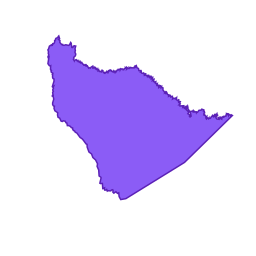 Pastaza, Pastaza, Ecuador (Equal Earth projection), rotated 15°
{"feature_id": "8360857B89599541187452", "entity_name": "Pastaza", "entity_type": "district", "adm_level": 2, "iso_a3": "ECU", "parent_name": "Ecuador", "parent_adm1": "Pastaza", "projection": "equal_earth", "projection_center": [-77.325, -1.952], "detail": "fine", "context": "isolated", "style": "filled", "palette": "violet", "viewbox_px": 256, "rotation_deg": 15, "n_neighbors": 0, "source": "geoboundaries", "source_scale": "gbopen_adm2", "svg_char_len": 5554}
<svg xmlns="http://www.w3.org/2000/svg" viewBox="0 0 256 256"><g transform="rotate(15 128 128)"><path d="M50.5,60.2L49.9,62.9L49.2,63.6L46.4,63.7L44.8,64.7L43.5,64.8L43.2,64.2L42.4,64.6L40.0,63.0L39.6,61.1L38.0,60.5L38.8,59.4L37.3,57.0L36.9,57.7L37.3,58.1L37.0,58.8L35.3,59.9L35.0,60.7L35.2,61.6L34.5,62.5L34.8,63.0L34.8,64.8L34.2,65.9L33.5,66.0L33.5,67.7L33.1,68.0L32.5,67.5L30.9,69.3L30.8,72.1L30.4,73.3L31.4,74.8L31.7,76.7L32.5,77.8L32.5,79.0L32.2,79.5L32.5,80.4L33.2,79.8L34.0,86.6L35.8,88.1L36.8,88.3L37.2,87.9L37.9,91.3L38.4,91.6L38.7,92.4L39.2,92.5L39.1,93.4L39.6,94.1L41.2,94.5L41.4,95.3L41.0,95.9L41.6,96.7L41.9,98.3L42.7,99.6L43.8,99.8L44.4,101.9L44.2,107.7L44.5,107.9L45.4,106.9L45.2,108.3L45.7,108.8L45.4,110.3L45.8,111.4L46.4,111.8L46.0,113.2L47.2,115.7L46.6,115.9L46.5,116.7L47.6,117.0L48.8,119.3L48.7,123.3L49.2,125.0L50.3,126.0L51.3,126.0L51.4,128.1L52.9,130.3L56.1,131.4L56.6,133.8L57.7,135.8L59.4,136.1L61.6,138.7L62.9,138.7L63.6,137.8L65.6,137.7L66.7,139.0L67.6,139.0L68.8,141.4L70.1,141.0L72.0,141.4L73.1,142.3L74.5,142.3L74.8,143.4L75.9,144.5L77.2,144.7L78.1,145.7L79.9,146.1L84.1,149.5L86.9,150.5L91.7,154.3L92.7,154.4L93.5,157.0L96.5,161.3L99.5,162.5L101.7,165.6L104.9,167.2L107.8,170.4L108.1,173.1L110.6,176.2L112.5,181.8L114.4,182.5L114.9,183.1L115.1,188.6L115.8,188.8L117.6,188.2L119.3,193.0L120.8,191.9L121.0,193.3L121.6,194.0L122.6,193.7L123.3,192.9L124.3,194.3L124.7,193.8L127.6,193.2L128.1,192.2L129.2,191.6L129.8,192.4L130.0,193.9L131.2,194.6L132.8,192.7L134.8,193.9L135.8,193.0L137.2,196.6L139.5,199.0L144.2,196.8L191.5,146.6L225.6,88.9L224.5,88.6L224.5,89.9L224.1,90.0L223.8,88.8L222.8,89.1L221.9,88.6L221.8,89.9L220.9,88.4L219.4,88.5L219.9,89.6L219.3,90.0L219.5,91.2L217.8,91.9L217.9,92.6L217.5,92.9L216.9,92.3L216.1,93.2L216.2,94.5L215.2,93.6L214.7,93.6L215.6,95.0L214.6,94.7L213.8,96.1L213.4,96.0L213.5,94.7L213.1,94.2L212.6,94.6L213.2,95.5L212.8,96.2L211.5,96.3L210.2,95.3L209.8,94.0L210.7,94.0L210.1,93.1L210.2,92.3L211.0,92.7L211.2,92.4L210.7,92.2L210.2,91.2L209.6,93.1L209.1,93.1L209.3,91.7L208.8,92.6L208.2,92.5L208.0,93.2L208.5,94.4L207.9,95.1L207.4,94.9L207.8,93.6L207.1,94.4L206.4,94.0L206.4,94.9L205.7,95.2L205.1,97.3L204.2,97.4L203.7,98.0L203.5,97.3L203.2,98.0L202.3,98.0L201.3,96.9L201.7,98.5L201.5,99.0L201.1,98.7L201.0,96.5L200.4,97.3L200.2,96.7L198.8,95.5L198.3,95.9L197.8,95.7L197.9,94.9L197.5,94.1L198.1,93.5L197.3,92.0L196.4,92.0L196.5,90.9L194.4,90.7L193.9,91.9L192.0,92.5L191.0,94.9L190.3,94.8L190.1,95.5L189.7,94.7L189.0,95.0L188.0,94.7L187.9,95.4L186.9,95.6L186.9,94.8L186.4,94.2L186.1,95.0L183.5,96.0L183.3,96.4L184.2,96.8L185.9,100.2L185.1,101.3L184.2,100.6L184.6,99.8L184.4,99.3L182.1,98.7L182.9,96.2L182.7,95.5L181.9,95.2L181.8,96.5L179.4,95.1L179.5,94.4L181.1,94.0L180.3,93.4L180.6,92.7L179.9,91.4L179.7,92.3L178.7,91.8L178.3,92.2L178.1,92.8L178.8,93.4L178.9,94.2L178.2,94.5L177.4,94.4L177.1,93.5L176.0,93.9L176.5,92.7L176.2,92.0L175.6,92.2L175.3,93.3L174.7,92.5L172.5,93.3L172.1,92.4L171.3,92.5L172.2,91.1L171.4,90.5L171.7,89.0L170.5,89.0L170.1,89.8L169.5,88.7L169.9,87.0L169.5,88.0L168.4,88.5L167.5,88.0L167.1,86.3L166.6,87.5L165.9,86.9L165.5,87.5L164.6,87.4L163.6,88.4L163.6,87.3L162.8,86.7L162.6,85.3L162.3,86.2L161.3,87.0L160.4,85.6L159.0,86.9L158.9,86.3L159.4,85.8L159.2,85.4L157.4,85.4L157.0,84.7L156.4,84.6L156.4,83.8L156.0,83.4L155.3,84.9L155.0,84.7L155.3,83.8L155.0,83.3L154.2,84.5L154.1,83.9L151.9,82.2L151.4,80.2L150.5,80.0L149.6,80.6L149.6,79.2L149.0,79.7L148.6,78.8L147.3,78.7L147.1,79.3L147.6,80.7L147.2,81.1L146.8,79.6L146.1,79.5L145.8,78.8L144.9,79.3L144.8,77.6L144.2,78.2L142.6,77.4L143.1,76.5L142.9,76.0L142.4,76.6L140.6,76.5L140.5,74.4L139.5,75.4L139.7,74.4L138.8,73.9L138.7,72.6L138.3,72.8L138.3,74.3L137.9,74.6L137.9,73.1L137.6,72.8L137.5,73.6L137.0,73.6L136.6,72.1L136.2,72.3L136.4,73.3L136.1,73.8L135.4,73.4L135.3,71.8L134.8,73.2L134.3,73.0L134.3,71.8L133.9,71.8L133.4,73.2L132.9,72.3L132.1,72.6L131.2,72.0L131.1,70.4L130.8,72.5L130.2,72.9L130.0,72.3L130.6,72.0L130.5,71.4L129.4,71.4L128.9,70.8L128.5,71.4L126.9,71.4L126.2,70.0L125.8,70.8L125.4,70.8L125.4,69.2L123.6,69.7L122.7,67.8L121.1,67.5L119.8,65.5L119.4,65.9L119.8,66.8L118.8,66.7L119.0,67.1L118.5,67.4L119.0,67.9L118.6,68.2L115.8,69.0L115.0,68.7L114.2,69.8L113.8,69.4L113.4,70.3L112.3,70.4L111.8,71.1L111.9,70.1L111.2,70.9L110.7,69.9L110.3,70.7L109.8,70.4L109.9,70.9L108.8,72.2L108.8,72.8L108.2,73.0L108.0,72.5L106.8,72.4L106.2,73.0L105.6,72.8L105.4,73.8L105.1,73.0L104.4,73.8L103.4,73.9L103.5,74.5L102.6,74.8L101.8,77.1L101.4,76.3L100.7,76.5L100.9,77.0L100.3,76.8L100.2,77.5L99.4,76.5L99.0,77.7L97.6,77.5L97.3,76.8L96.3,76.9L96.1,76.5L95.6,76.8L95.9,77.3L95.5,77.4L95.4,76.4L94.8,78.0L94.4,77.9L94.4,78.5L94.2,78.2L93.7,79.1L93.1,78.9L93.4,79.8L92.5,79.6L91.7,80.9L91.2,80.4L90.8,81.1L89.2,80.1L88.9,79.1L88.6,79.1L88.3,78.9L88.2,78.9L88.5,79.5L87.9,79.4L87.3,80.3L87.5,80.7L86.8,80.7L86.9,81.2L86.6,80.5L85.8,80.8L85.1,79.9L84.4,80.5L84.3,79.4L83.9,79.7L83.5,78.9L83.3,79.6L82.4,79.7L82.0,79.5L82.2,79.0L81.9,78.6L81.3,78.9L80.9,78.3L80.6,78.7L80.0,77.9L79.1,78.9L78.8,78.4L78.4,78.9L77.9,77.4L76.5,78.9L76.1,80.0L74.8,79.8L74.4,80.3L72.6,78.4L71.8,78.9L71.3,78.0L70.9,78.5L70.6,77.9L69.7,78.7L69.0,78.7L68.9,78.1L68.0,78.1L66.8,77.0L65.9,77.3L65.9,76.7L65.1,77.1L64.8,76.6L64.7,77.1L63.9,76.9L63.2,76.0L63.1,76.7L62.6,76.8L61.5,75.8L60.9,76.1L60.3,75.4L58.7,76.5L58.7,77.0L57.5,75.8L57.7,74.6L57.3,73.8L58.4,72.1L58.5,71.1L58.4,70.1L57.1,68.5L57.1,66.7L56.3,65.3L56.3,62.4L54.6,62.5L53.7,64.6L52.9,64.7L52.0,62.5L51.3,62.1L51.3,60.9L50.5,60.2Z" fill="#8b5cf6" stroke="#5b21b6" stroke-width="1.5"/></g></svg>